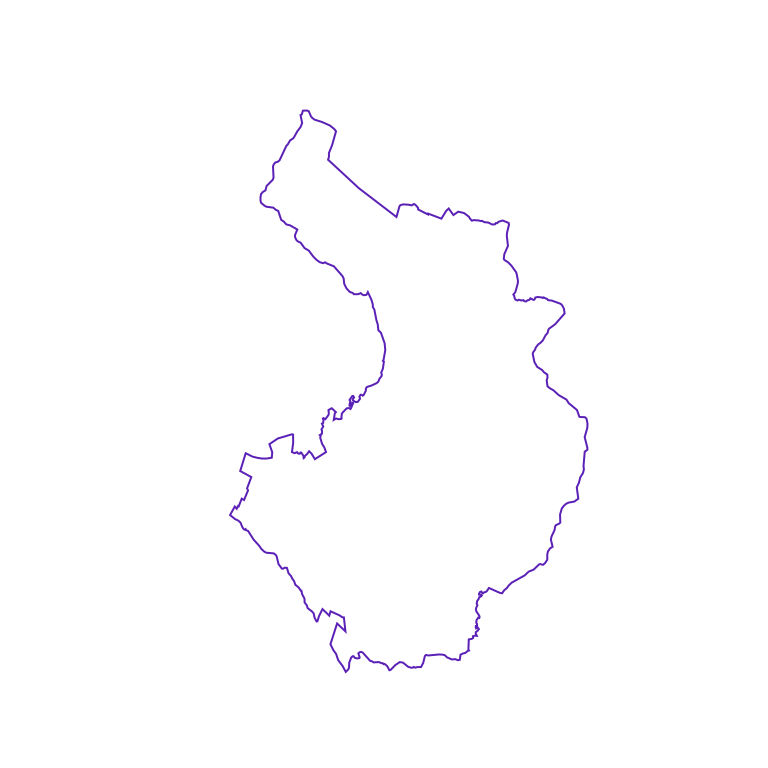 outline of Hateg, Hunedoara, Romania, rotated 65°
{"feature_id": "2599482B32266966922921", "entity_name": "Hateg", "entity_type": "district", "adm_level": 2, "iso_a3": "ROU", "parent_name": "Romania", "parent_adm1": "Hunedoara", "projection": "robinson", "projection_center": [22.928, 45.632], "detail": "fine", "context": "isolated", "style": "outline", "palette": "violet", "viewbox_px": 768, "rotation_deg": 65, "n_neighbors": 0, "source": "geoboundaries", "source_scale": "gbopen_adm2", "svg_char_len": 6165}
<svg xmlns="http://www.w3.org/2000/svg" viewBox="0 0 768 768"><g transform="rotate(65 384 384)"><path d="M437.7,578.9L443.3,576.2L446.2,573.8L449.1,572.6L453.3,572.9L456.3,572.5L457.1,571.9L457.0,570.8L457.9,571.0L459.7,569.3L470.1,567.9L477.8,565.5L481.6,564.9L485.5,563.3L487.3,561.8L490.9,555.5L493.2,554.3L494.5,554.1L502.7,555.7L508.2,554.6L508.8,553.4L508.5,551.6L509.6,549.7L515.4,550.5L518.8,549.4L521.8,549.4L524.3,548.8L528.5,549.2L532.2,547.4L536.4,546.7L536.5,546.2L539.9,547.0L545.0,546.8L548.5,548.3L551.9,547.5L554.9,547.9L559.5,545.5L562.1,544.7L566.6,545.7L570.7,545.5L570.9,544.6L567.0,541.1L562.0,534.9L570.8,531.5L567.4,528.5L575.0,522.0L577.8,520.4L578.6,519.0L591.9,523.5L581.2,527.7L597.2,542.5L603.7,542.4L608.4,541.5L614.9,542.2L622.1,540.7L628.8,540.3L627.6,537.1L626.4,535.6L622.0,533.4L618.0,529.3L617.5,527.4L617.9,526.6L619.9,526.2L621.3,524.4L622.0,522.2L621.5,521.6L617.3,521.1L616.8,519.6L617.1,518.0L618.4,516.8L629.2,513.5L630.3,512.0L631.9,511.1L633.9,506.1L635.9,504.4L636.4,503.2L637.8,502.7L638.0,501.7L641.1,500.3L645.7,500.1L645.9,498.7L643.5,492.5L642.7,487.2L644.6,484.5L650.4,481.7L652.4,479.6L653.3,477.6L653.0,476.6L654.3,475.5L654.6,473.5L656.2,470.1L653.3,466.3L647.8,461.9L647.3,460.4L648.7,458.7L652.4,448.4L653.9,445.5L655.5,443.5L658.4,442.4L662.4,438.8L663.4,435.8L665.5,433.8L666.0,431.9L661.6,429.0L661.6,426.4L662.1,424.0L661.3,420.8L661.5,419.6L660.3,419.7L651.3,415.1L652.1,412.1L651.8,410.5L650.2,410.0L650.5,407.9L651.5,406.3L649.0,406.3L647.7,405.7L647.3,403.7L646.3,401.6L644.2,402.0L644.4,403.8L643.0,403.6L642.1,403.0L642.5,402.0L642.1,401.6L640.7,401.1L639.4,401.3L637.2,400.0L635.6,397.4L636.3,396.6L635.7,395.9L634.2,395.6L629.2,396.4L626.9,395.9L625.4,394.6L624.1,392.9L622.2,392.8L619.9,391.1L618.8,389.0L617.6,388.0L617.5,385.6L617.0,384.8L616.1,385.1L615.1,386.9L614.3,386.6L613.1,384.9L613.3,383.4L615.4,383.2L615.6,382.6L615.1,381.2L615.5,379.8L615.2,378.4L613.2,375.1L622.1,367.4L623.6,365.4L621.8,362.4L620.8,358.7L619.4,356.3L618.0,352.2L616.9,337.3L615.2,332.2L615.5,326.9L613.0,319.5L613.1,318.8L615.1,316.2L614.4,313.8L612.3,310.3L607.2,307.9L605.0,306.1L603.2,303.1L602.8,300.0L595.5,298.5L593.1,296.7L588.5,291.2L585.1,288.8L584.6,288.0L584.6,284.4L584.1,282.8L576.7,279.6L571.9,275.4L570.3,272.2L569.5,269.3L569.5,266.9L571.0,261.2L570.1,256.4L559.2,253.0L555.8,249.0L551.6,245.6L548.8,241.3L546.0,239.0L542.4,237.7L530.2,230.7L529.6,227.6L528.1,226.7L517.0,224.6L509.7,218.3L505.9,216.3L501.4,215.2L499.5,215.6L498.8,216.3L496.7,220.4L496.1,220.8L489.1,220.1L479.4,224.7L475.3,225.2L468.0,230.3L461.1,233.2L458.1,235.4L455.2,236.8L449.4,235.0L447.3,233.1L444.4,232.0L441.1,234.0L438.1,234.8L433.3,237.9L427.7,238.4L419.6,236.5L418.5,235.7L416.5,232.3L415.3,231.4L413.3,227.6L412.8,224.6L411.6,221.6L408.2,217.1L406.9,214.2L404.1,211.9L403.6,210.9L402.2,203.7L396.4,190.5L391.7,189.1L387.9,189.3L386.0,190.0L379.3,196.7L377.4,199.8L376.0,200.2L372.9,202.9L373.1,203.8L372.4,204.2L370.1,207.9L369.6,210.3L371.0,211.8L370.9,213.1L368.2,215.1L369.2,216.6L368.8,218.6L369.2,220.5L368.1,221.9L366.9,222.2L366.5,224.0L364.6,226.2L364.8,227.6L363.1,229.2L360.5,229.2L359.3,228.7L357.6,229.0L356.2,226.1L349.7,220.5L347.2,219.0L341.0,217.4L338.8,217.0L330.6,218.5L326.4,220.0L322.3,222.5L321.1,222.5L317.2,220.1L311.2,213.3L301.4,210.0L298.7,208.4L292.3,203.3L290.7,203.0L286.2,207.1L285.8,208.0L285.4,212.0L286.1,213.4L285.4,214.7L286.2,216.0L285.1,218.6L281.8,221.2L279.7,224.7L277.5,226.3L277.2,227.5L276.0,228.8L273.3,233.5L273.2,235.3L270.4,236.2L268.2,236.4L262.9,239.2L259.2,243.9L260.2,249.7L252.3,251.2L253.4,254.5L258.4,262.1L248.3,271.9L249.0,272.4L240.3,279.3L238.7,278.7L235.1,279.7L233.5,280.8L233.8,283.4L231.8,286.1L229.3,290.8L228.8,293.6L229.6,295.0L237.9,302.1L196.0,324.0L157.1,339.9L154.9,337.9L151.4,336.3L145.5,330.0L134.7,320.7L131.9,321.3L126.7,323.9L120.3,329.5L115.1,335.2L112.5,336.6L110.5,337.1L105.0,336.9L103.7,338.1L102.5,340.8L102.0,342.0L104.9,344.5L105.0,346.0L112.9,347.9L115.9,351.1L118.3,355.7L122.3,361.2L123.1,362.8L123.5,366.1L125.9,369.5L127.1,372.1L137.2,384.2L137.7,386.4L137.3,388.8L138.3,391.0L139.8,392.6L150.3,396.9L151.9,398.5L154.9,406.7L158.4,409.6L158.8,412.8L159.9,415.2L162.9,417.2L166.1,418.6L168.0,418.8L172.1,416.8L173.6,415.7L177.4,409.8L180.5,408.4L182.4,406.7L191.8,407.8L194.6,406.1L198.1,405.1L200.5,402.1L207.4,397.3L211.4,401.7L213.3,402.5L216.1,402.6L218.1,402.0L220.8,399.8L227.2,398.6L231.3,395.8L238.8,394.2L242.9,392.7L246.5,390.7L248.8,388.1L248.8,386.0L250.9,384.6L256.1,379.7L268.8,376.0L271.4,376.0L276.3,377.7L281.5,377.6L286.1,376.1L288.1,374.0L289.9,373.3L291.7,369.4L291.8,366.7L293.6,366.0L294.9,364.9L295.7,362.8L295.6,361.9L293.9,359.8L302.3,359.8L307.0,360.5L309.6,361.6L312.5,361.3L322.9,363.9L327.4,364.5L332.9,366.4L336.3,365.1L347.3,366.2L353.8,368.5L361.8,374.1L362.6,375.2L363.6,374.6L369.6,378.5L372.4,381.6L375.0,382.2L376.0,383.2L377.4,386.0L379.4,388.1L380.1,390.2L380.1,395.9L379.5,400.7L380.5,402.4L382.3,403.2L385.4,407.1L385.6,408.2L384.2,409.0L383.9,409.8L385.0,411.6L387.2,411.9L389.1,415.3L388.4,417.4L385.6,419.0L384.7,418.9L383.6,416.8L381.8,417.0L381.5,417.8L383.9,422.0L385.4,421.8L388.6,424.3L389.3,424.3L389.7,423.5L387.5,420.7L387.8,420.1L388.4,420.1L392.1,424.3L392.5,425.0L391.1,425.7L390.3,428.1L392.1,432.8L392.9,434.6L396.0,436.6L397.2,436.9L397.6,437.6L396.5,440.4L395.0,442.0L395.3,444.7L389.7,440.9L389.2,439.5L383.9,441.6L384.1,445.3L387.3,446.4L388.6,447.4L391.1,452.0L389.3,453.3L389.5,454.0L391.3,454.2L393.6,455.6L393.7,457.0L396.8,457.0L398.8,459.9L400.4,460.0L402.8,461.3L403.2,463.8L404.3,463.3L405.7,464.5L412.0,465.4L416.2,464.9L421.2,465.3L422.9,478.4L416.6,479.1L413.3,480.3L415.0,483.4L415.8,486.2L417.0,487.1L417.2,488.1L414.9,487.4L411.1,488.0L410.8,488.6L411.5,489.5L411.4,490.4L410.3,491.4L409.0,491.6L408.9,494.3L406.8,496.2L399.0,491.2L391.4,487.8L390.7,488.6L388.5,503.3L390.1,513.3L398.6,514.1L403.4,516.9L402.0,521.7L399.8,526.4L397.3,530.1L394.2,533.9L388.3,538.6L402.1,551.1L412.3,543.6L420.7,552.2L423.0,552.2L430.0,559.9L427.8,561.4L433.5,567.4L432.9,567.8L434.8,570.2L432.0,571.0L437.7,578.9Z" fill="none" stroke="#5b21b6" stroke-width="2"/></g></svg>